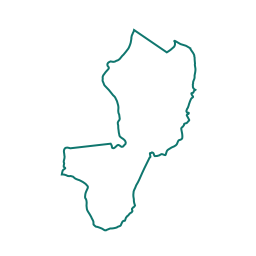 outline of Magdalena, Intibucá, Honduras, rotated 32°
{"feature_id": "27666195B97095820119427", "entity_name": "Magdalena", "entity_type": "district", "adm_level": 2, "iso_a3": "HND", "parent_name": "Honduras", "parent_adm1": "Intibucá", "projection": "mercator", "projection_center": [-88.37, 13.92], "detail": "fine", "context": "isolated", "style": "outline", "palette": "teal", "viewbox_px": 256, "rotation_deg": 32, "n_neighbors": 0, "source": "geoboundaries", "source_scale": "gbopen_adm2", "svg_char_len": 5773}
<svg xmlns="http://www.w3.org/2000/svg" viewBox="0 0 256 256"><g transform="rotate(32 128 128)"><path d="M81.2,41.7L81.5,42.6L81.7,43.2L81.8,44.8L82.1,46.4L82.2,47.5L83.1,49.9L83.3,50.0L83.8,51.1L85.1,54.3L85.6,56.3L85.9,57.9L86.1,59.2L86.2,60.5L86.0,62.4L85.8,64.6L85.3,68.3L84.9,69.8L84.4,73.8L84.2,74.4L83.9,75.1L83.7,75.6L83.4,76.1L83.2,76.4L82.6,77.0L81.9,78.3L81.5,78.8L81.2,79.1L80.7,79.5L80.3,79.8L77.9,80.8L76.8,82.6L76.6,83.3L76.6,83.9L76.6,84.4L76.8,85.0L77.2,85.5L77.5,85.9L78.0,86.2L78.6,86.4L79.2,86.6L79.5,86.8L79.9,87.2L80.1,87.7L80.1,88.5L79.4,92.5L79.2,95.2L79.1,96.5L79.2,97.0L79.3,97.6L79.5,98.2L79.8,98.7L80.4,99.5L81.1,100.9L81.5,101.5L83.5,102.9L84.9,104.0L85.8,104.4L87.4,104.8L89.7,105.4L91.7,105.9L97.1,107.8L97.9,108.1L99.5,108.4L100.5,108.7L101.1,109.0L104.6,111.2L105.1,111.7L107.3,113.7L108.1,114.5L109.1,115.8L110.5,118.4L111.3,119.5L112.1,120.4L113.0,121.0L113.5,121.4L115.9,124.3L116.2,124.8L116.4,125.5L116.4,126.0L116.3,126.9L116.3,127.7L116.4,128.6L116.6,129.0L117.0,129.6L117.3,130.0L118.4,131.1L119.3,132.5L120.0,133.5L121.5,135.3L122.6,136.7L123.7,137.8L124.8,139.0L125.1,139.2L125.5,139.4L126.2,139.6L126.9,139.7L127.7,139.8L129.3,139.8L130.9,140.0L131.7,140.2L132.5,140.5L133.3,141.1L133.9,141.7L134.1,142.3L134.3,143.0L134.2,143.5L134.0,144.0L133.9,144.5L133.7,146.0L133.6,146.3L133.5,146.5L132.9,147.1L132.6,147.3L132.3,147.4L131.5,147.4L130.3,147.3L129.8,147.3L129.2,147.4L128.8,147.5L128.6,147.7L128.2,148.1L128.0,148.6L127.3,151.2L127.0,152.0L126.7,152.5L126.4,152.8L126.0,153.0L125.6,153.1L125.3,153.2L125.0,153.0L124.5,152.7L124.2,152.4L123.9,151.9L123.3,151.5L122.6,151.0L121.6,150.5L89.8,175.8L88.7,176.1L87.3,176.6L86.7,176.9L86.3,177.3L85.9,177.6L85.6,178.0L85.4,178.4L85.3,178.8L85.3,179.3L85.3,179.8L85.4,180.4L85.6,180.9L85.9,181.6L86.5,182.4L87.0,183.0L87.8,183.9L88.5,184.9L89.2,185.6L89.6,186.3L90.0,187.0L90.3,187.8L91.0,189.9L91.2,190.4L91.5,190.8L91.8,191.2L92.1,191.4L92.4,191.6L92.6,191.8L93.0,192.8L93.5,194.1L93.9,194.7L94.0,194.9L94.3,195.0L95.1,195.0L95.8,195.2L96.0,195.3L96.1,195.5L95.9,196.2L95.3,197.8L95.2,198.5L95.2,198.8L95.7,200.4L96.0,201.3L96.5,202.5L97.4,201.9L98.7,201.3L100.6,200.8L101.1,200.7L102.0,200.7L102.6,200.5L103.8,199.9L104.8,199.1L107.2,198.4L109.5,198.8L110.5,198.8L111.8,198.6L113.3,198.3L114.4,198.0L116.8,197.8L118.6,197.7L120.6,197.8L121.8,197.9L122.8,198.2L124.2,198.6L124.7,198.8L125.0,199.0L125.3,199.4L125.5,199.9L125.7,200.4L126.1,203.5L126.4,205.2L126.7,206.2L127.0,207.0L127.7,208.4L128.1,209.2L128.4,209.6L128.9,210.0L129.2,210.3L129.9,210.5L130.2,210.7L130.9,211.3L131.4,211.8L132.5,213.2L134.0,215.9L135.9,218.3L136.6,219.0L137.5,219.6L138.8,220.3L141.3,221.5L143.9,222.9L145.2,223.8L146.8,224.7L147.4,225.1L148.1,225.6L148.4,225.9L149.9,228.1L150.1,228.2L151.6,228.5L152.8,228.7L153.5,228.5L154.4,228.1L155.2,227.9L157.5,227.4L159.4,227.1L162.1,227.1L162.3,227.1L163.5,226.5L163.7,226.0L166.1,222.7L167.5,221.8L168.5,221.0L169.4,220.2L170.4,219.2L171.2,218.3L171.3,218.1L171.5,217.5L171.7,217.2L172.3,216.4L173.0,215.5L173.3,215.0L173.4,214.7L173.4,214.2L173.4,213.8L173.2,213.0L173.1,211.9L173.0,211.1L173.0,210.1L173.2,209.7L173.4,209.1L174.0,208.8L174.5,208.1L173.9,205.6L173.8,204.9L174.0,204.1L173.9,203.6L174.5,202.1L174.7,200.3L174.9,199.5L175.0,199.0L175.4,198.3L175.7,197.8L175.8,197.2L175.8,196.7L175.8,196.2L175.5,195.8L175.3,195.5L174.7,195.2L174.4,194.8L174.2,194.4L174.4,192.7L174.8,192.1L174.9,191.6L175.0,191.1L175.0,190.0L173.1,188.4L171.9,187.1L170.6,185.2L169.0,183.4L167.9,181.8L166.4,178.8L166.1,177.4L165.8,174.9L165.3,172.2L165.2,169.0L164.9,165.9L163.9,158.9L163.2,153.3L162.0,141.6L162.2,141.4L162.3,141.2L162.3,140.7L162.2,140.4L160.2,138.2L160.0,137.8L160.1,137.6L160.2,137.4L160.7,137.1L160.9,136.8L161.1,136.6L161.1,136.2L161.5,135.9L162.0,135.8L162.5,135.8L163.1,136.0L163.5,136.3L164.2,136.9L164.9,137.4L165.4,137.6L165.7,137.6L166.8,136.8L167.4,136.4L167.7,136.1L169.1,134.5L169.3,134.0L169.8,133.1L170.1,132.6L170.3,132.4L170.7,132.2L171.1,132.0L173.4,131.5L173.8,131.3L174.0,131.2L174.1,130.9L174.0,130.3L173.7,129.1L173.3,127.6L173.2,127.2L173.2,126.3L173.4,125.4L173.6,124.9L175.3,121.4L176.9,119.1L177.3,118.2L177.6,117.7L177.9,116.6L178.0,115.8L177.5,112.8L177.5,112.3L177.5,111.8L177.6,111.5L177.9,111.0L178.2,110.7L178.6,110.3L179.0,109.7L179.3,109.0L179.4,108.5L179.4,108.0L179.1,107.3L178.8,106.7L178.0,105.5L177.0,104.2L174.4,101.4L173.6,100.5L173.4,100.1L173.3,99.7L173.4,99.3L173.4,98.9L173.8,97.8L173.9,96.3L173.9,95.8L173.8,95.6L173.6,95.2L173.5,94.8L173.6,94.5L173.9,94.1L174.2,93.7L174.9,93.0L175.3,92.3L175.4,91.7L175.5,90.5L175.8,89.5L175.8,89.1L175.7,88.8L175.1,88.4L171.8,86.5L171.2,86.2L171.0,85.9L171.0,85.5L171.1,84.9L171.3,84.6L171.7,84.2L171.8,83.9L171.8,83.5L171.7,83.3L171.6,83.1L171.4,83.0L171.0,83.1L169.7,83.5L168.8,83.0L168.6,82.7L168.4,82.4L168.0,80.6L168.0,78.9L167.8,78.1L167.5,76.7L167.1,75.5L166.9,74.5L166.5,72.8L166.1,70.3L166.1,69.3L166.4,68.4L166.7,67.6L166.7,67.4L166.7,67.2L166.4,66.8L165.5,66.5L164.2,65.8L163.7,65.4L163.5,65.1L163.4,65.0L163.4,64.9L163.6,64.6L164.6,63.5L164.5,62.5L164.3,61.9L164.3,61.7L164.9,60.0L164.2,60.0L163.1,59.9L162.7,59.7L162.0,59.4L161.5,59.0L161.2,58.7L160.6,57.7L159.9,56.8L159.8,56.5L159.7,55.9L159.2,55.1L158.8,54.3L158.5,53.0L158.2,51.2L158.0,50.6L157.6,49.7L156.9,48.6L156.6,48.1L155.4,45.0L154.8,43.7L154.3,42.8L153.7,41.9L151.2,39.0L150.7,37.9L149.1,35.8L148.0,34.3L147.1,32.9L146.8,32.6L146.3,32.2L145.7,31.3L144.9,30.7L143.3,29.8L140.7,28.7L139.2,28.0L138.9,27.8L138.7,27.4L134.7,27.5L133.4,27.6L128.1,29.0L122.7,29.2L121.5,29.3L121.3,29.4L121.2,29.6L121.3,29.8L121.8,29.8L122.0,30.0L123.5,32.1L123.9,33.2L124.0,33.9L124.0,34.3L124.0,34.9L123.8,35.5L122.7,39.1L121.7,41.5L120.8,43.3L81.2,41.7Z" fill="none" stroke="#0f766e" stroke-width="2"/></g></svg>